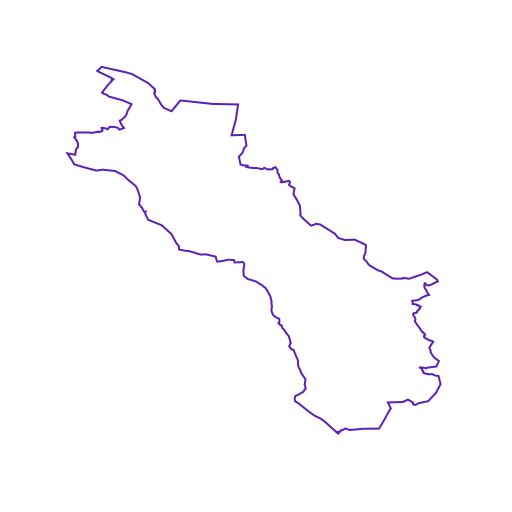 Seljord nor, Telemark, Norway, rotated 189°
{"feature_id": "86288312B68880560441515", "entity_name": "Seljord nor", "entity_type": "district", "adm_level": 2, "iso_a3": "NOR", "parent_name": "Norway", "parent_adm1": "Telemark", "projection": "natural_earth1", "projection_center": [8.516, 59.573], "detail": "fine", "context": "isolated", "style": "outline", "palette": "violet", "viewbox_px": 512, "rotation_deg": 189, "n_neighbors": 0, "source": "geoboundaries", "source_scale": "gbopen_adm2", "svg_char_len": 6002}
<svg xmlns="http://www.w3.org/2000/svg" viewBox="0 0 512 512"><g transform="rotate(189 256 256)"><path d="M441.6,316.9L426.9,315.4L420.9,317.3L408.5,317.9L399.3,314.9L394.9,311.7L385.6,306.2L383.6,303.4L379.7,295.9L379.5,288.4L377.9,287.5L376.9,286.3L376.1,285.9L376.1,285.7L374.9,284.1L373.0,281.8L372.4,281.9L372.0,282.3L372.0,280.4L368.2,274.9L353.9,271.6L342.9,264.4L336.9,256.5L333.8,253.7L332.9,250.4L327.5,250.1L323.1,250.3L318.6,249.9L313.9,249.1L310.8,248.8L308.8,249.1L306.1,249.8L295.7,249.1L295.4,248.1L293.5,244.4L291.7,244.7L289.3,245.7L288.3,245.8L282.8,248.0L277.1,248.5L276.2,246.3L272.6,247.0L271.1,247.2L268.9,247.9L268.2,247.9L267.5,247.6L266.3,246.3L266.1,244.0L266.4,242.9L266.1,241.9L266.3,240.8L266.1,239.2L265.2,235.1L264.4,234.1L260.4,232.0L251.8,230.8L247.6,228.8L246.9,228.8L245.7,228.4L244.3,227.3L242.0,226.1L241.2,225.5L237.4,221.0L235.1,217.6L234.7,215.9L233.6,214.0L233.4,212.0L233.1,211.1L232.6,209.4L232.2,207.6L232.3,205.5L232.0,204.0L230.2,200.7L227.5,199.0L225.5,198.1L223.2,197.6L222.5,194.5L222.5,194.2L223.4,193.4L221.3,191.6L219.8,191.5L219.6,191.3L219.4,190.1L218.6,188.7L217.6,188.4L214.1,184.7L211.1,182.0L208.1,175.6L208.6,174.6L209.0,171.8L207.9,171.0L207.0,169.8L205.0,169.1L204.4,169.3L201.4,164.6L201.2,163.8L199.6,161.8L198.3,159.5L197.7,157.1L197.7,155.6L196.2,152.2L194.6,150.5L193.4,147.9L187.8,141.9L187.8,136.5L186.9,134.7L186.1,132.5L187.2,131.5L187.8,129.5L192.0,126.0L195.3,123.8L195.6,121.7L194.7,118.8L189.5,116.3L179.0,110.3L173.2,107.5L166.7,105.5L163.5,103.9L160.0,101.8L147.2,93.4L146.6,94.1L146.8,94.5L147.1,94.7L146.8,95.0L147.0,95.2L145.6,95.4L145.2,96.1L145.3,96.4L145.1,96.5L145.1,96.8L144.3,97.1L144.2,97.6L142.3,98.2L140.8,99.6L136.1,98.8L122.8,102.2L107.4,104.8L103.2,115.5L100.2,124.1L99.0,126.5L102.8,132.0L88.4,134.7L84.5,137.2L83.6,138.0L78.0,135.8L77.7,134.1L75.1,133.8L72.2,136.2L63.2,139.5L56.6,149.4L53.7,158.4L56.6,165.2L57.0,166.0L59.2,165.9L61.7,166.3L63.1,166.9L63.6,166.7L64.7,166.7L66.9,166.1L67.8,166.3L69.6,166.3L72.1,166.6L72.3,166.7L72.3,167.1L72.5,167.4L72.5,167.8L72.8,168.1L73.3,168.4L73.3,168.8L73.9,169.3L74.0,169.9L74.2,170.2L75.1,170.7L75.5,171.2L76.2,171.2L76.6,171.4L76.3,171.7L73.7,171.7L72.9,172.0L72.4,171.9L70.1,171.7L69.4,172.5L60.5,175.1L58.9,180.9L64.3,183.7L66.7,186.2L68.3,188.0L68.8,190.0L70.5,192.6L69.3,195.2L68.9,196.5L68.5,196.9L67.5,199.1L69.6,199.8L71.6,199.7L74.0,200.8L75.8,201.2L76.6,201.5L76.9,202.1L77.3,202.3L77.5,202.7L77.3,203.0L77.5,203.1L77.5,203.3L77.3,203.4L77.1,203.7L77.2,203.8L77.0,204.0L77.1,204.3L76.9,204.5L76.9,204.9L76.8,205.0L78.2,206.1L79.4,206.5L79.4,207.0L81.1,208.0L83.6,210.9L86.0,213.2L88.9,216.4L88.6,218.1L89.1,219.8L91.6,222.3L91.5,222.6L91.6,223.8L91.4,224.1L90.1,224.5L89.8,224.8L88.9,225.2L88.3,225.3L87.9,226.1L88.2,226.6L87.9,226.9L87.8,227.4L86.9,228.3L86.7,228.8L86.3,229.0L86.2,229.2L85.9,229.6L85.9,229.8L86.2,230.2L86.0,230.7L86.1,231.0L85.6,231.6L86.4,231.8L86.6,232.3L88.1,232.6L88.6,232.4L89.4,232.6L89.5,232.7L89.4,233.0L92.4,233.3L93.7,233.0L94.2,235.4L94.7,236.1L88.9,237.9L88.1,238.5L86.0,240.6L83.2,242.6L82.3,243.1L79.0,244.7L80.4,245.9L81.9,248.1L84.4,250.9L85.2,252.8L85.1,254.0L85.1,255.5L85.4,256.2L83.1,253.9L80.5,254.0L77.8,255.6L74.0,258.4L72.4,259.3L73.2,260.7L75.9,262.3L84.5,266.8L90.5,263.1L101.4,257.4L107.1,257.5L107.6,256.6L114.8,255.4L117.8,255.3L130.0,260.5L132.4,260.7L134.9,261.5L142.2,264.4L144.2,265.9L145.5,267.4L149.0,269.9L149.2,270.3L149.3,272.4L149.0,274.2L148.4,276.2L148.9,282.6L149.1,283.7L149.4,284.2L161.0,287.6L170.6,285.7L177.7,286.7L181.5,290.3L197.9,297.3L199.7,297.0L201.3,297.4L203.6,296.0L206.4,294.6L214.3,299.7L218.7,303.0L218.6,304.8L220.5,312.5L224.2,317.6L228.6,322.8L228.5,328.9L232.1,330.1L234.5,331.4L234.0,334.2L235.1,335.4L240.7,333.2L242.6,332.7L243.2,333.2L242.7,333.7L242.1,334.6L244.1,336.3L245.9,339.0L245.9,340.0L247.5,341.4L248.1,342.9L248.3,344.5L250.8,346.8L253.1,345.3L253.1,344.9L253.4,344.5L253.3,344.4L255.1,343.7L256.2,343.9L256.6,343.7L258.2,343.4L260.3,344.1L261.8,344.3L262.2,343.7L263.4,342.7L269.1,343.0L272.1,342.5L277.5,342.3L279.4,342.5L279.1,343.0L278.2,343.5L278.3,343.9L282.5,343.6L285.5,343.9L286.6,346.5L288.4,351.5L285.4,355.9L284.9,359.1L284.5,360.9L282.7,363.5L286.0,373.9L299.0,371.4L297.2,387.8L297.4,402.9L322.8,399.4L355.0,397.8L361.5,386.8L362.2,385.8L370.0,387.8L372.9,390.2L376.7,394.8L377.2,395.1L377.6,396.0L378.2,396.2L379.6,397.1L380.3,398.0L380.5,398.4L380.9,399.0L381.0,399.4L381.8,400.1L382.0,401.1L381.8,401.5L381.2,402.3L381.3,402.7L381.9,403.2L382.2,403.7L382.2,404.3L382.0,404.6L381.8,404.7L381.8,404.8L389.5,409.9L407.0,416.3L413.6,417.1L438.1,418.6L441.7,414.0L439.4,413.1L427.9,409.7L425.4,408.7L425.6,408.6L425.6,408.3L425.1,408.0L425.9,407.8L425.9,407.2L426.1,406.9L425.8,406.6L426.1,406.4L426.3,405.8L426.2,405.7L427.1,404.6L429.1,401.6L433.4,393.8L433.6,393.4L433.3,392.9L432.4,392.9L432.2,392.6L431.1,392.3L428.2,391.7L426.4,390.5L412.0,388.9L402.7,386.5L405.5,379.2L405.8,376.9L406.2,374.9L407.0,373.7L407.2,373.0L408.2,371.7L410.4,369.2L411.8,368.4L410.2,365.7L408.9,364.1L406.4,361.8L410.6,359.4L412.4,360.9L413.9,361.2L416.7,361.2L420.7,360.6L421.3,359.9L422.1,358.1L422.6,357.8L423.7,358.5L426.6,358.6L428.4,358.4L428.2,357.5L427.2,356.3L427.2,356.0L427.3,355.8L427.5,355.8L427.7,355.1L428.7,354.6L429.7,354.5L429.9,354.0L430.0,353.9L431.9,354.1L432.1,354.0L432.1,353.7L434.6,353.0L435.4,352.5L436.7,352.2L438.2,351.9L440.5,351.8L451.1,350.2L454.1,349.3L453.6,347.9L453.5,346.8L453.5,346.3L453.1,345.7L453.9,345.1L454.1,344.8L453.3,344.3L453.2,343.9L452.5,343.4L451.4,342.2L451.4,341.9L450.8,341.6L450.2,340.3L449.8,340.0L449.7,339.6L449.2,339.0L449.2,338.9L449.4,338.6L449.1,337.8L449.1,337.3L448.9,336.8L449.1,336.7L449.0,336.1L449.1,335.7L449.0,335.3L449.8,334.6L450.0,333.9L450.4,333.3L450.4,332.9L450.5,332.5L450.5,331.7L450.4,331.4L450.6,330.8L450.4,330.3L450.4,329.3L450.4,328.9L450.6,328.6L450.7,328.1L450.5,327.7L458.3,327.9L453.3,322.4L450.1,318.2L441.6,316.9Z" fill="none" stroke="#5b21b6" stroke-width="2"/></g></svg>